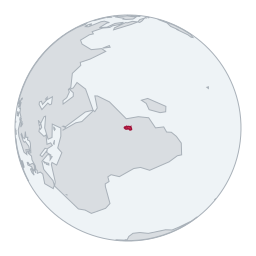 Singida highlighted on a globe, orthographic projection, rotated 271°
{"feature_id": "TZA-3390", "entity_name": "Singida", "entity_type": "Region", "adm_level": 1, "iso_a3": "TZA", "parent_name": "United Republic of Tanzania", "parent_adm1": "", "projection": "orthographic", "projection_center": [34.489, -5.65], "detail": "fine", "context": "on_globe", "style": "filled", "palette": "rose", "viewbox_px": 256, "rotation_deg": 271, "n_neighbors": 0, "source": "natural_earth", "source_scale": "10m", "svg_char_len": 6782}
<svg xmlns="http://www.w3.org/2000/svg" viewBox="0 0 256 256"><g transform="rotate(271 128 128)"><circle cx="128" cy="128" r="113" fill="#eef3f6" stroke="#a8b0b8"/><path d="M15.9,117.5L16.0,119.0L15.9,123.5L15.8,126.6L16.2,127.1L16.2,129.1L19.6,130.7L22.8,134.8L23.7,141.7L23.0,150.2L26.9,167.3L26.8,173.8L29.8,180.7L35.1,191.1L34.6,191.0L37.9,195.5L40.3,198.7L40.4,198.9L35.7,192.5L31.4,185.9L27.5,178.9L24.2,171.8L21.4,164.4L19.1,156.8L17.3,149.1L16.1,141.2L15.5,133.3L15.4,125.4L15.9,117.5ZM58.8,216.8L57.4,215.6L58.0,216.1L59.1,217.0L58.8,216.8ZM213.9,55.2L214.7,56.2L217.0,59.0L219.0,61.6L220.0,63.0L222.3,66.3L227.3,74.8L230.7,83.1L229.9,84.7L230.5,86.5L228.6,83.7L228.5,86.8L233.8,99.2L234.4,102.5L233.1,107.6L232.6,105.1L227.8,97.6L228.5,105.3L232.3,113.2L233.6,121.6L231.5,118.3L229.9,110.8L228.2,108.0L227.5,101.0L223.7,90.5L221.5,91.7L220.5,87.7L215.0,79.0L211.1,80.6L205.7,89.9L206.9,100.2L204.2,104.4L196.2,88.8L192.8,79.1L189.8,79.7L181.7,71.4L167.5,70.1L165.6,67.7L162.9,68.7L157.2,66.2L154.2,62.5L150.8,62.7L158.6,72.7L162.3,72.7L165.6,68.9L167.1,72.6L172.6,76.2L166.2,84.9L145.2,92.8L143.3,85.1L128.2,65.5L128.8,63.4L128.7,63.1L128.6,62.7L127.0,66.2L124.5,62.6L132.3,75.7L133.6,81.7L144.9,93.2L143.8,94.5L147.5,96.9L159.5,94.3L159.5,96.9L153.8,109.0L137.2,126.1L139.5,138.1L138.6,148.5L128.6,155.5L129.7,163.7L124.6,166.7L124.5,171.4L120.5,176.5L113.9,181.5L102.1,182.1L101.1,177.8L94.9,169.7L86.1,150.4L88.8,141.2L87.6,134.5L79.2,120.2L81.0,111.9L78.8,108.7L74.2,110.0L71.7,106.2L69.0,106.4L52.2,111.3L47.3,107.0L42.0,92.9L45.2,86.5L46.2,79.8L68.7,55.6L73.0,56.2L90.2,52.0L92.2,52.6L89.7,57.3L102.2,62.3L106.8,58.1L118.6,61.0L126.8,60.8L130.6,52.2L117.2,52.2L115.4,48.3L126.6,44.7L138.4,45.4L138.0,44.0L131.0,40.6L134.2,38.2L128.6,39.3L130.6,40.8L127.1,41.7L125.2,40.5L126.4,39.6L122.9,39.0L118.2,44.1L119.6,46.1L110.3,47.3L111.8,50.9L109.2,52.7L105.6,47.4L106.3,45.4L99.4,40.5L97.8,42.6L104.3,47.5L102.1,47.2L100.0,50.7L99.8,47.9L93.2,42.5L85.1,44.5L74.1,53.9L69.5,55.3L66.1,54.3L70.9,45.7L80.5,43.6L82.4,41.1L81.1,38.1L84.1,37.9L84.8,36.7L88.5,36.0L94.4,32.6L98.3,32.0L101.2,28.5L103.6,27.8L101.2,29.9L101.6,31.3L111.2,30.6L113.3,29.8L114.4,27.7L117.0,28.0L116.8,26.2L122.7,25.4L115.5,24.9L116.6,23.1L120.5,21.7L119.6,21.2L113.2,23.5L111.9,24.6L112.8,25.5L108.0,29.1L104.5,29.9L104.6,26.3L99.7,27.3L101.9,24.5L117.7,19.1L124.0,18.3L132.9,20.2L131.1,21.1L127.0,20.7L130.2,22.5L130.2,21.6L132.3,22.1L133.9,20.8L135.5,21.1L134.4,19.7L136.5,19.9L137.2,20.8L141.4,19.7L145.9,20.2L146.1,19.8L145.0,19.3L151.5,20.6L151.4,20.3L149.2,19.8L147.5,18.9L147.1,18.1L149.3,18.6L149.8,18.9L154.2,20.6L155.1,21.8L156.0,21.9L155.7,21.1L150.4,19.0L149.4,18.4L152.3,19.2L151.2,18.9L151.4,18.8L153.8,19.2L150.8,18.3L150.6,17.7L158.7,19.6L166.6,22.2L174.3,25.3L181.8,29.0L189.0,33.3L195.8,38.1L202.3,43.3L208.3,49.0L213.9,55.2ZM60.5,66.8L59.8,68.8L60.5,66.8ZM150.7,51.1L157.9,51.9L154.9,46.7L157.4,46.7L155.5,45.0L154.7,46.3L150.0,42.1L153.2,41.0L152.5,39.0L150.1,38.7L144.9,41.6L151.6,47.4L149.8,49.4L150.7,51.1ZM84.9,31.3L85.9,31.8L84.1,33.2L79.2,35.0L81.7,32.8L84.9,31.3ZM87.7,32.2L89.2,28.6L92.3,27.7L90.3,28.8L92.2,28.5L89.5,30.2L91.0,33.1L89.6,34.7L81.4,36.5L84.9,34.9L83.6,34.4L87.7,32.2ZM87.5,24.2L88.2,23.5L94.0,22.3L92.7,23.2L87.8,24.7L86.4,24.7L87.5,24.2ZM115.4,16.1L115.6,16.0L112.3,16.5L112.7,16.4L110.2,16.8L107.8,17.3L106.4,17.5L106.0,17.6L104.3,18.0L103.4,18.3L100.5,18.9L99.2,19.4L98.6,19.5L97.0,20.2L96.9,20.0L94.7,20.7L95.9,20.5L83.0,24.8L77.6,27.3L73.1,29.7L73.3,29.5L81.2,25.5L89.5,22.2L97.9,19.4L106.6,17.4L115.4,16.1ZM94.9,50.7L96.6,50.8L99.2,50.4L98.0,52.7L94.9,50.7ZM90.3,47.0L91.8,46.6L91.3,49.4L89.6,49.5L90.3,47.0ZM93.1,44.2L91.9,46.4L91.5,45.2L93.1,44.2ZM102.7,29.6L104.4,29.2L104.4,29.7L103.3,30.5L102.7,29.6ZM120.3,16.4L119.3,16.3L119.9,16.2L119.8,15.9L122.1,15.8L123.2,15.9L120.3,16.4ZM128.1,53.6L125.6,55.3L124.4,54.5L125.5,54.0L128.1,53.6ZM110.9,53.7L114.6,54.7L110.5,54.4L110.9,53.7ZM122.9,16.2L122.6,16.1L124.0,16.1L122.9,16.2ZM123.9,15.7L125.6,15.7L122.4,15.7L123.9,15.7ZM170.1,206.1L170.6,207.7L168.9,207.7L170.1,206.1ZM157.9,147.2L150.3,165.5L144.9,165.4L143.9,159.9L146.7,148.8L152.9,145.8L156.0,140.9L157.9,147.2ZM238.6,145.6L238.7,146.7L238.6,147.2L238.6,145.6ZM238.5,143.1L238.9,143.9L238.2,144.1L238.5,143.1ZM239.0,144.3L239.3,144.0L239.5,143.5L239.3,144.5L239.0,144.3ZM238.1,142.6L235.2,140.1L233.7,137.8L234.3,136.0L236.7,138.0L238.1,142.6ZM234.2,135.9L231.5,129.1L225.9,111.9L227.9,112.7L233.4,123.9L233.1,125.4L234.7,130.5L234.2,135.9ZM239.5,129.4L239.2,134.2L237.8,132.4L237.0,131.0L236.5,124.2L236.8,121.2L237.6,121.8L238.9,113.1L239.7,116.4L239.6,120.3L240.1,125.2L239.5,129.4ZM207.4,101.2L210.1,107.9L208.4,108.7L207.4,101.2ZM238.3,106.6L238.5,110.3L238.0,105.0L238.3,106.6ZM237.4,101.3L237.9,103.7L237.3,101.1L237.4,101.3ZM231.5,89.5L230.8,89.5L230.2,88.0L230.8,87.1L231.5,89.5ZM229.7,79.6L231.7,84.0L232.2,85.4L231.0,82.4L229.7,79.6ZM142.9,16.9L140.4,17.3L140.2,18.0L142.6,18.8L138.1,18.1L138.5,17.0L142.9,16.9ZM133.3,15.7L132.4,15.7L131.3,15.6L133.3,15.7ZM222.8,188.8L219.6,191.4L219.9,189.5L222.2,186.3L227.2,175.4L227.4,175.9L230.3,168.9L233.8,165.1L237.2,155.8L234.5,164.6L231.3,173.0L227.4,181.1L222.8,188.8ZM239.1,146.3L238.8,147.7L239.3,145.4L239.1,146.3ZM240.6,125.6L240.3,126.7L240.4,130.1L240.6,129.0L240.4,131.1L240.2,136.9L240.0,138.6L240.3,132.5L239.8,138.0L239.7,137.5L239.9,132.4L240.3,126.8L240.4,124.7L240.6,125.2L240.6,125.6ZM239.6,112.9L239.6,112.6L239.6,113.5L239.4,111.3L239.6,112.9ZM238.9,108.1L239.0,108.7L238.7,107.1L238.9,108.1ZM238.7,107.2L238.1,104.4L238.3,105.2L238.7,107.2ZM237.8,102.8L237.1,100.4L234.6,91.7L234.8,92.1L236.6,98.2L237.5,101.6L237.8,102.8Z" fill="#d9dde1" stroke="#a8b0b8" stroke-width="1"/><path d="M129.7,126.4L129.7,126.5L129.1,126.9L129.1,127.0L129.2,127.3L129.3,127.5L129.4,127.8L129.5,127.8L129.6,128.0L129.6,128.3L129.4,128.6L129.4,128.8L129.4,129.0L129.4,129.3L129.4,129.6L129.4,130.0L129.1,130.1L129.1,130.3L129.2,130.5L128.9,130.4L128.8,130.5L128.7,130.5L128.5,130.8L128.5,131.0L127.9,131.1L127.8,131.3L127.7,131.3L127.4,131.3L127.1,131.5L126.9,131.6L126.7,131.5L126.7,131.4L126.6,131.2L126.4,131.1L126.2,130.9L126.1,130.7L126.1,130.4L126.1,130.2L126.1,129.9L126.4,129.7L126.6,129.5L126.7,129.4L126.8,129.4L126.9,129.2L127.1,129.1L127.0,128.8L127.2,128.4L127.2,128.2L127.3,128.1L127.2,127.9L127.4,127.6L127.5,127.5L127.5,127.4L127.3,127.3L127.2,127.2L126.9,127.0L126.9,126.9L126.9,126.7L126.9,126.4L126.9,126.2L126.9,125.9L127.0,125.7L127.2,125.4L127.3,125.2L127.5,125.0L127.6,124.9L127.8,124.7L128.0,124.6L128.4,124.5L128.4,124.4L128.5,124.4L128.7,124.5L128.8,124.6L129.0,124.9L129.0,125.0L128.9,125.1L128.8,125.3L128.7,125.5L128.8,125.6L129.0,125.7L129.1,125.8L129.1,126.0L129.3,126.0L129.5,126.3L129.7,126.4Z" fill="#f43f5e" stroke="#9f1239" stroke-width="1.5"/></g></svg>